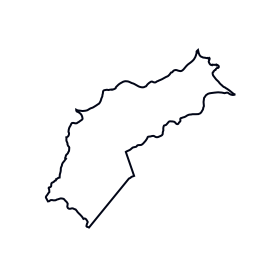 Anse Ger, Micoud, Saint Lucia, rotated 317°
{"feature_id": "8701671B87504135677093", "entity_name": "Anse Ger", "entity_type": "district", "adm_level": 2, "iso_a3": "LCA", "parent_name": "Saint Lucia", "parent_adm1": "Micoud", "projection": "orthographic", "projection_center": [-60.912, 13.796], "detail": "fine", "context": "isolated", "style": "outline", "palette": "ink", "viewbox_px": 256, "rotation_deg": 317, "n_neighbors": 0, "source": "geoboundaries", "source_scale": "gbopen_adm2", "svg_char_len": 5848}
<svg xmlns="http://www.w3.org/2000/svg" viewBox="0 0 256 256"><g transform="rotate(317 128 128)"><path d="M99.8,167.2L110.1,144.0L110.9,144.1L112.1,144.6L112.7,144.7L114.0,145.2L114.6,145.3L115.3,145.4L117.9,145.5L118.5,145.7L120.7,147.0L121.3,147.3L122.0,147.3L122.6,147.1L123.2,147.2L123.8,147.5L125.3,148.8L126.4,149.5L127.1,149.6L128.4,149.7L131.7,149.4L132.4,149.3L134.9,148.7L136.1,148.1L136.7,148.1L137.8,148.8L138.3,149.3L140.0,150.2L141.1,151.0L141.5,151.5L142.1,153.4L142.5,154.0L142.9,154.5L143.5,154.9L144.0,155.2L146.0,155.9L147.2,156.3L147.9,156.4L148.6,156.3L149.2,156.1L150.6,154.8L152.3,153.8L153.2,152.7L153.6,152.3L154.2,151.8L154.7,151.4L155.9,150.8L156.5,151.0L157.1,151.3L157.7,151.6L158.4,151.7L159.0,151.6L160.3,151.5L161.6,151.3L162.3,151.3L162.9,151.5L163.4,151.9L164.8,153.3L165.2,153.8L166.0,154.9L166.2,155.5L166.2,157.5L166.3,158.1L166.6,158.7L167.1,159.1L167.8,159.2L169.0,158.8L170.7,158.8L171.0,158.6L171.4,158.3L172.0,157.5L172.5,157.0L172.8,156.9L173.2,156.8L173.7,157.0L174.5,157.4L175.9,158.0L176.5,158.4L177.1,158.6L178.0,158.9L179.4,159.1L181.1,159.6L181.8,160.0L182.6,160.5L182.9,160.8L183.2,161.1L183.8,161.4L184.7,162.0L186.3,163.5L187.3,164.4L188.9,165.8L189.4,166.0L190.8,166.5L191.8,166.5L192.3,166.5L192.8,166.3L195.3,165.6L196.2,165.1L196.6,164.7L197.1,164.4L198.2,163.9L198.5,163.7L198.8,163.3L200.6,161.0L201.0,160.5L203.9,158.1L204.4,157.8L205.4,157.7L206.9,157.3L207.4,157.2L207.9,157.3L209.6,157.5L210.3,157.8L211.2,158.2L212.7,159.2L215.6,161.3L218.2,163.3L220.7,166.0L222.4,168.4L224.2,169.4L224.9,170.1L225.1,170.5L225.2,171.0L225.6,172.7L226.2,174.0L227.0,175.1L227.8,175.8L228.8,176.4L229.3,176.7L229.0,176.2L228.5,175.0L227.8,169.9L227.2,167.0L226.8,165.8L226.5,164.2L226.0,163.2L225.8,161.6L225.8,160.6L225.6,159.4L225.6,157.4L225.8,156.0L225.6,152.5L225.9,149.5L226.1,147.6L226.8,146.2L227.3,145.6L227.8,145.2L229.0,145.2L229.4,144.9L231.2,144.9L231.6,145.2L232.6,144.8L233.5,144.8L234.1,144.9L234.9,145.5L235.5,145.5L236.0,145.3L236.5,144.7L236.6,144.1L236.4,143.0L235.7,143.0L235.4,142.7L235.7,141.7L235.1,141.5L234.3,140.7L233.9,140.5L233.6,140.0L232.9,139.2L232.3,139.4L231.7,138.4L231.5,137.9L231.5,136.8L232.0,135.1L232.4,134.4L234.0,133.6L234.1,133.0L234.8,133.1L235.2,132.7L235.2,132.2L234.5,132.2L234.3,132.1L234.0,131.6L234.1,131.1L233.4,130.7L232.9,130.1L232.3,129.2L231.0,127.7L230.0,125.3L230.0,123.7L230.8,121.4L232.4,118.7L232.1,118.7L231.6,118.7L231.0,118.7L230.4,118.8L229.9,119.2L229.2,120.2L228.3,120.5L228.0,120.7L227.6,121.0L225.6,122.0L224.9,122.2L223.3,122.7L222.6,122.8L221.6,122.9L220.3,122.9L218.5,122.8L216.0,122.5L214.8,122.4L212.7,122.5L208.7,123.0L207.2,123.0L206.3,122.8L206.0,122.7L205.3,122.3L204.7,121.6L203.7,120.1L203.1,118.9L202.4,118.1L201.8,117.7L201.0,117.3L200.3,117.2L199.6,117.2L198.5,117.4L198.2,117.3L197.3,116.8L195.2,117.2L194.5,117.3L192.7,117.3L192.2,117.2L190.9,116.7L190.2,116.5L186.1,115.5L184.1,114.8L183.1,114.4L182.0,114.1L181.1,113.7L179.8,113.5L179.3,113.4L178.6,112.9L178.2,112.4L177.8,111.8L177.5,110.9L177.2,110.4L176.7,110.0L176.3,109.8L175.3,109.6L173.8,109.4L171.8,109.4L170.5,109.7L169.9,109.7L169.7,109.8L169.0,109.5L168.0,109.2L167.3,108.9L166.9,108.6L166.2,108.0L165.5,107.2L165.1,106.6L164.5,105.6L164.1,104.7L162.6,100.0L162.0,98.7L161.4,97.7L160.5,95.4L159.9,94.2L159.3,93.4L158.1,92.1L157.6,91.7L156.1,90.9L155.3,90.7L154.1,90.4L152.9,90.1L151.8,89.9L150.4,89.8L147.3,89.9L146.8,90.0L146.3,90.4L146.0,90.5L144.7,90.2L143.7,89.8L142.9,89.4L143.0,89.3L142.7,89.0L140.8,87.6L139.7,87.0L139.2,86.4L138.8,85.8L138.3,85.4L137.4,84.8L136.9,84.5L136.6,84.3L136.2,84.1L135.6,84.0L135.2,84.1L134.8,84.2L132.9,85.8L132.0,86.3L131.2,87.0L130.7,87.4L129.7,87.8L129.1,88.1L128.5,88.3L127.6,89.0L127.2,89.1L126.4,89.6L125.5,89.9L124.9,90.1L124.2,90.3L123.2,90.4L121.9,90.1L120.4,89.9L117.8,89.4L116.4,89.1L115.8,88.9L114.5,88.3L113.3,87.9L110.4,87.3L109.1,86.6L108.6,86.3L106.6,84.8L106.1,84.3L104.3,82.1L103.5,81.2L103.0,80.4L102.6,79.3L102.1,79.9L101.9,80.5L101.8,80.9L102.0,81.5L102.5,82.5L102.9,84.2L103.0,85.6L102.9,86.5L102.7,87.3L102.2,88.5L101.4,89.8L101.1,90.2L100.7,90.4L100.5,90.5L100.1,90.5L99.6,90.5L97.8,90.2L95.9,90.0L94.9,89.7L93.9,89.6L93.4,89.3L92.9,88.9L92.3,88.2L91.9,87.5L91.4,86.9L90.5,86.2L89.8,86.2L89.3,86.3L87.7,87.0L85.6,87.6L84.8,88.0L83.4,88.9L81.9,90.2L81.8,90.3L81.5,91.3L81.3,91.6L80.8,92.1L80.0,92.7L79.3,93.0L78.7,93.2L78.2,93.2L76.8,93.0L76.5,92.8L76.3,93.2L74.7,94.8L74.2,95.5L73.5,97.5L73.2,98.1L72.9,98.3L72.7,98.5L72.0,100.1L72.0,101.3L71.8,102.0L71.6,102.4L70.7,103.2L70.0,103.9L69.1,104.6L67.7,105.0L67.3,105.3L66.3,105.5L65.4,105.6L65.0,105.5L64.4,105.6L63.6,105.9L62.7,106.6L61.5,107.1L61.5,107.8L61.6,108.2L60.0,108.4L59.5,108.6L56.5,109.0L55.3,109.5L54.8,109.7L54.0,110.4L51.9,111.3L50.8,112.2L50.4,112.7L49.5,113.5L48.7,114.1L46.3,115.6L44.2,117.6L43.6,117.2L43.0,117.0L42.3,116.8L41.5,116.7L40.7,116.8L40.5,116.5L40.0,116.9L39.3,117.1L38.9,116.9L38.4,116.6L37.3,116.8L36.5,116.7L35.5,116.3L34.6,116.2L33.9,116.5L33.1,117.2L32.3,118.0L31.9,118.2L31.4,118.3L30.7,118.2L30.0,117.8L29.5,117.6L29.0,117.8L28.3,119.4L27.7,120.1L26.8,121.2L25.0,121.4L24.1,121.7L23.1,121.9L21.8,122.1L21.0,122.4L20.5,122.9L19.4,127.1L20.5,127.8L21.8,127.9L22.4,128.1L23.4,129.0L24.1,130.0L24.6,130.5L25.7,131.4L26.2,131.6L27.1,131.8L28.0,132.3L30.6,133.5L31.6,134.5L32.5,135.8L32.7,136.6L32.6,137.4L32.6,139.0L32.7,139.8L32.6,140.8L32.3,142.2L31.6,142.8L29.9,144.2L29.5,145.4L29.5,145.8L29.7,146.6L30.4,147.5L32.3,148.6L32.9,149.3L33.6,151.0L34.1,151.8L34.0,153.8L33.8,154.9L33.8,157.0L33.9,158.3L33.9,160.9L33.8,162.2L33.6,163.2L33.4,164.1L34.0,164.3L34.7,164.7L35.0,165.7L35.1,166.3L34.6,168.9L34.4,169.3L33.9,169.6L33.0,169.9L31.7,170.7L30.8,171.3L30.6,171.6L30.6,172.2L31.1,173.0L31.6,174.2L94.2,165.6L94.7,165.8L95.9,166.1L97.2,166.1L99.8,167.2Z" fill="none" stroke="#020617" stroke-width="2"/></g></svg>